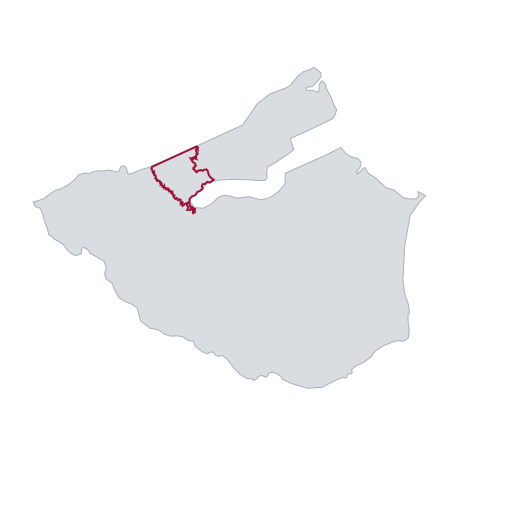 location of Velingara, Kolda, Senegal, rotated 155°
{"feature_id": "50182788B9780593325351", "entity_name": "Velingara", "entity_type": "district", "adm_level": 2, "iso_a3": "SEN", "parent_name": "Senegal", "parent_adm1": "Kolda", "projection": "natural_earth1", "projection_center": [-13.808, 13.111], "detail": "medium", "context": "in_parent", "style": "outline", "palette": "rose", "viewbox_px": 512, "rotation_deg": 155, "n_neighbors": 0, "source": "geoboundaries", "source_scale": "gbopen_adm2", "svg_char_len": 4924}
<svg xmlns="http://www.w3.org/2000/svg" viewBox="0 0 512 512"><g transform="rotate(155 256 256)"><path d="M382.6,235.2L388.1,246.2L387.0,251.4L385.7,259.1L388.8,264.7L392.5,268.4L395.1,271.7L397.9,276.3L398.4,285.5L397.9,292.1L399.8,295.1L401.4,298.9L401.1,302.1L400.0,304.9L396.5,308.6L396.0,315.4L401.7,323.8L405.3,328.3L405.3,330.9L406.3,333.8L409.0,337.1L410.6,336.3L412.5,333.6L413.3,331.7L418.2,332.5L420.5,333.4L423.6,338.8L424.8,342.5L425.5,347.0L428.8,352.7L431.7,356.7L432.3,359.2L434.8,362.6L433.2,370.1L433.4,373.9L431.7,384.0L431.4,388.8L431.5,390.5L435.3,394.1L435.0,399.2L431.0,398.3L424.2,397.7L410.5,400.4L405.8,399.3L396.8,399.7L390.4,401.1L382.3,404.4L376.0,403.6L372.6,401.0L368.1,401.2L363.0,399.8L357.6,397.3L352.7,396.0L347.4,391.4L344.9,390.5L343.2,391.7L341.7,393.3L340.2,394.2L337.3,393.4L336.2,390.2L337.1,387.2L337.4,384.9L336.0,383.6L332.8,383.2L327.6,383.2L319.1,382.2L317.2,381.7L298.3,380.9L278.7,380.8L262.1,380.7L241.1,380.6L226.4,380.5L212.7,380.4L202.0,386.7L190.5,393.4L175.1,397.0L157.3,395.6L151.6,396.6L145.7,399.6L141.4,401.7L135.2,403.0L127.3,402.0L124.1,402.6L122.1,399.6L119.9,394.6L121.3,391.0L126.1,388.6L133.4,385.6L137.2,387.1L139.4,387.2L139.9,385.3L139.1,384.2L133.7,381.5L130.8,378.0L128.5,380.1L126.4,384.4L124.8,385.7L122.3,386.9L120.9,384.0L120.3,381.1L121.4,378.9L120.9,366.6L121.6,360.0L121.2,354.2L124.7,350.5L127.9,348.1L140.7,347.9L152.5,347.7L163.9,347.8L175.5,348.0L176.7,336.4L180.3,335.5L185.8,334.4L196.1,333.0L207.5,331.6L209.9,329.4L211.8,325.5L213.0,322.1L215.4,320.7L218.6,321.8L222.7,323.6L227.1,326.4L232.0,329.0L235.4,330.6L243.3,334.6L256.9,340.3L268.1,342.5L281.6,338.4L291.4,335.8L292.6,330.8L291.1,326.0L283.8,321.6L273.9,322.1L270.9,323.2L266.3,324.7L263.5,325.3L258.9,324.3L252.9,320.4L249.2,316.6L244.0,314.8L237.8,313.0L227.9,305.1L222.8,303.6L217.9,303.2L208.5,304.8L199.3,309.0L194.5,318.6L185.3,318.5L165.8,318.2L147.9,317.9L133.1,318.6L131.6,311.6L128.1,306.0L122.5,301.3L121.2,296.9L123.2,293.1L128.7,289.9L129.9,287.6L127.0,288.0L122.7,290.0L119.8,290.1L119.5,284.0L114.7,276.2L109.3,262.9L103.1,257.5L98.0,246.7L92.6,242.6L87.7,240.6L83.5,241.0L81.9,245.9L76.7,238.9L83.9,236.4L99.3,227.5L117.1,202.1L133.1,172.0L135.2,164.9L137.1,159.6L138.4,147.3L140.7,139.9L142.9,138.6L145.6,132.9L148.8,123.1L152.5,117.6L156.6,116.6L159.8,117.0L162.1,119.1L168.8,120.3L179.9,120.8L188.4,119.3L194.5,115.9L202.4,114.2L212.3,114.1L217.4,112.7L217.9,109.9L219.2,109.0L221.3,110.1L223.2,109.7L225.0,107.7L226.8,107.6L228.6,109.3L236.9,109.8L251.6,109.1L265.1,114.3L277.6,125.3L284.0,132.7L284.4,136.3L286.5,140.1L290.2,143.8L293.6,144.5L296.7,142.1L299.1,142.4L300.9,145.2L304.4,145.8L308.4,144.1L311.2,144.7L311.7,146.4L312.4,147.3L314.3,147.7L316.9,149.9L320.5,155.7L323.4,163.9L325.7,174.4L328.7,180.1L332.4,181.0L334.6,183.1L335.0,185.6L336.1,187.3L337.9,188.3L341.0,187.7L344.7,191.3L348.7,198.9L349.3,202.4L348.7,204.3L348.9,205.6L351.6,206.9L354.1,209.4L356.1,213.2L360.5,216.6L367.3,219.5L372.2,223.9L375.2,229.7L381.4,234.7L382.6,235.2Z" fill="#d9dde1" stroke="#a8b0b8" stroke-width="1"/><path d="M263.5,380.4L312.5,380.8L313.8,379.5L313.4,379.3L314.1,376.2L313.5,376.0L314.1,375.7L314.1,374.2L313.9,373.3L313.4,373.6L314.0,372.2L313.1,371.7L313.0,370.6L313.7,370.0L313.6,369.2L313.0,368.8L314.1,369.3L314.5,368.8L313.2,367.1L313.9,366.9L313.8,365.6L311.7,364.7L311.3,363.4L311.7,363.4L312.1,362.4L311.7,361.9L311.1,362.3L310.8,361.8L312.1,360.7L311.4,360.6L311.0,359.4L311.6,358.3L310.7,357.5L309.7,358.2L310.5,356.2L309.6,356.3L309.0,355.7L309.2,355.1L308.4,355.1L308.7,353.9L308.3,353.5L307.7,354.3L307.2,354.1L307.3,352.4L306.8,352.9L306.7,351.3L305.9,351.0L306.2,349.7L304.8,349.6L305.4,348.6L305.0,348.5L305.2,347.9L305.7,348.0L304.9,346.8L305.5,345.6L305.5,345.0L304.9,344.9L305.7,344.3L305.2,343.1L305.3,342.4L304.9,341.8L303.3,342.0L303.3,339.7L302.8,339.4L301.4,339.8L300.6,338.8L302.1,335.3L300.1,336.0L299.8,335.5L301.5,333.2L301.5,332.5L297.5,333.3L295.7,333.1L297.2,331.0L296.6,329.0L298.9,326.9L296.0,325.5L294.6,326.8L293.9,326.7L293.6,325.7L294.9,321.5L292.9,321.4L292.3,324.3L290.6,323.8L292.0,324.7L293.2,327.3L294.6,328.7L294.0,332.7L291.9,335.9L288.6,337.1L285.3,336.7L282.2,338.8L278.7,338.7L275.8,339.6L275.6,342.1L274.0,343.6L271.8,342.9L268.8,343.8L266.9,342.1L262.1,343.0L263.9,346.3L264.6,349.0L263.8,353.8L264.4,355.5L267.0,356.1L268.1,355.7L269.5,357.2L270.2,357.0L272.3,357.9L274.3,357.0L274.8,357.5L275.1,359.8L276.1,361.2L275.5,362.3L274.4,362.1L273.9,363.2L272.3,363.2L272.3,366.3L273.6,367.6L274.0,372.1L272.5,370.9L272.2,371.7L271.5,371.5L271.6,371.0L270.7,371.7L269.9,371.1L270.1,370.1L269.4,369.5L269.6,370.2L268.6,370.4L268.4,371.6L268.9,371.4L268.9,371.8L266.8,372.7L266.8,374.1L266.0,374.5L265.5,374.0L265.3,375.2L264.8,375.3L265.6,375.5L265.9,376.6L265.6,377.7L264.6,378.2L264.2,377.6L264.2,378.3L263.6,378.2L263.7,378.6L262.8,379.0L263.5,380.4Z" fill="none" stroke="#9f1239" stroke-width="2"/></g></svg>